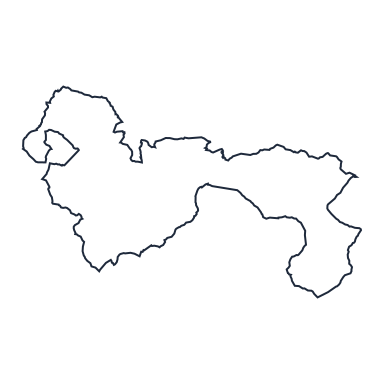 outline of Bicaz-Chei, Neamt, Romania
{"feature_id": "2599482B72252558499545", "entity_name": "Bicaz-Chei", "entity_type": "district", "adm_level": 2, "iso_a3": "ROU", "parent_name": "Romania", "parent_adm1": "Neamt", "projection": "mercator", "projection_center": [25.891, 46.819], "detail": "fine", "context": "isolated", "style": "outline", "palette": "slate", "viewbox_px": 384, "rotation_deg": 0, "n_neighbors": 0, "source": "geoboundaries", "source_scale": "gbopen_adm2", "svg_char_len": 5948}
<svg xmlns="http://www.w3.org/2000/svg" viewBox="0 0 384 384"><path d="M317.6,297.4L328.1,292.1L336.0,286.6L337.1,286.3L339.1,284.5L340.4,282.6L340.8,280.9L343.3,277.0L344.9,275.2L350.5,273.3L351.5,271.1L351.4,269.9L352.0,267.1L350.8,265.2L349.2,263.8L349.3,260.7L348.0,258.0L347.7,254.6L348.7,251.7L347.9,250.1L349.1,246.7L351.5,245.2L352.8,243.0L353.9,242.8L354.9,241.6L355.4,239.3L356.7,236.6L357.9,235.7L358.4,234.1L361.0,230.2L360.8,229.2L359.4,228.2L354.9,227.8L351.0,226.4L349.5,226.6L347.6,225.0L345.2,224.5L342.2,222.7L339.9,222.0L338.0,219.8L336.3,218.8L331.4,213.9L327.9,209.7L327.3,208.4L327.5,205.4L328.0,204.4L334.9,198.5L337.0,195.0L340.4,192.8L343.1,187.7L347.4,182.8L348.6,180.5L350.9,177.9L353.3,176.3L354.8,177.0L356.5,176.9L355.2,176.0L353.7,176.0L353.5,175.8L354.5,175.1L349.5,172.7L346.0,173.8L340.9,169.4L340.4,168.6L340.4,167.6L340.8,166.8L340.9,163.9L341.5,161.5L338.6,159.4L336.9,156.9L336.1,156.3L330.1,155.4L328.2,153.2L327.5,153.1L326.0,153.8L322.6,156.9L320.0,157.3L318.9,158.4L318.0,158.7L312.0,156.4L309.1,156.7L306.5,152.6L304.3,151.1L302.5,151.0L301.0,150.3L297.9,152.7L295.8,152.4L294.8,151.6L293.9,152.2L290.4,150.1L285.6,149.3L283.6,146.9L277.3,144.7L275.8,145.4L273.5,147.6L270.2,148.8L269.5,149.9L264.2,149.5L262.3,150.3L260.3,150.1L258.5,152.5L256.3,153.8L253.2,153.9L250.3,155.0L241.0,153.7L232.8,156.4L231.6,157.7L229.8,158.6L228.2,160.5L225.4,159.6L225.2,158.3L224.7,157.9L223.9,157.2L223.1,157.9L222.4,157.0L222.9,155.9L223.4,155.6L223.2,154.5L222.3,153.5L222.8,153.3L223.0,152.1L221.7,151.8L222.8,150.4L221.8,149.0L219.6,149.6L213.1,152.5L211.5,152.0L209.7,150.5L206.1,150.0L206.9,148.7L205.2,148.0L206.5,147.2L206.9,144.6L208.4,143.1L210.2,142.2L210.1,141.6L207.5,140.9L204.3,138.5L201.4,137.3L188.5,138.3L184.6,137.6L183.6,138.9L181.4,138.4L177.5,139.3L174.5,139.2L170.0,138.1L165.7,138.0L160.7,140.3L155.6,141.5L155.5,142.4L154.3,144.3L154.3,145.2L155.1,147.2L154.0,146.8L151.7,147.2L148.6,144.9L148.3,143.3L147.4,141.7L145.1,140.5L141.7,140.0L141.2,140.6L140.9,142.6L141.9,143.0L141.9,143.8L141.1,146.3L140.5,146.5L139.5,148.1L140.5,151.1L140.7,152.5L140.5,153.4L140.9,154.7L141.3,158.5L140.9,158.3L141.7,160.0L141.9,162.5L138.0,161.7L135.6,161.7L134.3,161.0L132.5,161.1L131.2,159.9L130.5,158.3L132.2,155.0L132.1,151.6L131.1,149.7L129.9,148.7L127.3,144.9L122.8,143.9L121.1,142.6L120.2,142.5L123.9,137.1L123.5,134.9L124.6,133.3L124.4,132.2L123.1,132.4L122.6,131.2L116.9,131.7L115.0,132.5L113.6,131.8L116.3,124.5L120.1,122.5L122.2,122.0L118.4,117.4L117.8,117.4L117.7,117.0L118.2,116.4L117.9,115.7L116.1,114.0L115.5,114.2L115.3,111.9L113.4,109.5L112.6,106.7L110.6,105.7L110.5,104.7L109.5,103.0L109.7,102.6L107.8,101.0L106.3,98.2L102.4,97.5L101.7,96.7L100.2,97.4L94.7,96.7L92.3,97.2L89.2,95.3L84.5,94.6L81.4,92.7L79.1,92.4L78.1,91.6L71.4,90.4L70.3,89.1L67.9,87.5L66.2,87.8L63.3,86.6L61.1,88.7L60.9,89.5L58.6,91.5L58.0,91.4L57.8,90.8L57.5,91.3L55.7,90.8L54.6,92.0L53.4,94.9L53.8,96.5L51.3,98.5L49.8,101.6L50.1,102.8L46.4,102.5L46.5,104.1L48.0,106.0L48.0,107.5L44.5,111.7L45.1,113.1L44.9,115.4L42.1,119.3L41.9,122.3L41.2,123.1L40.9,124.6L39.4,125.8L39.8,126.3L36.6,129.0L36.9,130.0L31.4,131.5L29.3,132.9L27.0,135.5L26.1,137.2L24.8,137.9L23.4,140.2L23.1,146.3L23.7,148.2L23.0,148.9L26.7,151.5L29.4,155.6L33.4,159.1L35.8,161.7L37.9,162.3L45.5,162.4L46.2,158.8L45.7,157.3L46.0,156.1L48.9,150.6L50.5,149.1L51.4,149.0L49.4,145.9L46.3,144.7L44.4,142.4L44.4,141.7L45.9,140.0L45.9,134.9L45.2,131.5L47.5,131.1L49.1,129.8L51.1,130.0L54.7,131.7L57.6,132.0L58.3,132.3L59.1,133.5L63.1,135.3L63.1,136.5L64.1,137.7L67.0,139.8L72.7,145.4L73.4,147.3L74.0,148.1L75.6,148.7L77.6,148.5L78.5,149.5L78.8,150.1L78.6,150.4L64.4,165.3L63.5,165.1L62.2,165.5L62.1,165.0L61.0,165.3L59.2,164.3L58.0,164.5L56.2,163.7L54.4,164.2L49.9,163.3L48.5,169.6L47.0,172.4L46.6,174.0L42.2,179.1L46.0,180.4L49.4,186.8L49.4,187.6L48.5,188.3L48.2,189.1L50.2,194.6L51.9,197.3L52.5,201.2L52.2,202.8L52.9,203.7L58.7,204.6L58.9,205.2L60.1,205.8L61.0,207.4L61.7,207.6L63.2,207.9L65.5,207.5L67.1,208.0L70.0,210.3L71.1,213.1L74.4,214.4L75.9,215.5L77.3,215.2L78.8,213.9L80.6,215.1L81.4,216.5L81.7,218.3L82.3,218.8L80.3,219.6L78.5,223.1L74.9,225.1L73.8,226.6L73.7,228.2L74.2,230.2L75.5,233.0L75.2,234.1L76.7,234.3L78.1,235.5L80.7,236.6L82.5,240.4L84.1,241.9L82.9,246.6L82.6,251.2L83.8,255.6L84.6,256.6L85.2,258.3L87.3,260.9L90.4,263.2L91.5,266.4L95.5,267.6L99.2,271.3L100.1,269.7L105.9,262.9L110.8,259.9L111.5,261.0L111.9,262.7L112.9,263.0L113.9,264.9L115.0,264.3L116.7,262.2L117.5,259.5L117.7,257.0L119.4,254.7L120.4,254.0L123.7,253.1L125.2,253.4L130.5,252.8L134.5,253.7L139.6,256.3L141.2,251.7L142.6,251.9L143.5,250.1L144.1,250.4L151.3,245.3L151.9,246.0L154.3,245.7L157.9,246.4L159.6,247.3L160.5,246.3L163.2,245.0L165.1,242.0L164.4,240.1L166.1,239.4L167.3,237.9L171.6,236.8L174.3,233.6L175.5,229.6L176.3,228.7L179.0,227.1L179.8,227.1L181.3,225.8L184.3,224.8L186.1,222.6L190.4,221.8L192.4,220.2L194.1,217.5L194.1,216.2L195.4,215.8L196.7,214.0L196.3,212.6L197.7,211.3L198.1,210.2L197.8,208.3L196.1,205.2L196.0,203.2L195.5,202.4L195.6,196.7L195.4,196.3L197.4,190.5L198.5,188.5L200.1,187.2L201.5,186.8L201.9,187.4L205.6,184.4L207.9,183.7L207.9,184.7L209.7,184.9L212.1,186.1L237.3,190.2L240.5,192.9L242.3,195.3L244.2,196.6L245.7,198.5L250.4,201.1L251.2,202.2L252.8,203.4L254.2,205.5L257.5,207.4L261.0,212.3L261.7,214.0L262.3,214.3L263.2,217.2L266.3,218.7L269.8,217.6L278.3,218.3L278.4,217.6L281.9,217.3L285.3,216.2L286.8,217.3L289.8,217.7L291.8,217.3L294.1,218.5L296.1,218.6L298.3,221.2L300.9,222.7L305.2,230.8L304.9,235.1L306.0,244.8L304.7,245.8L303.4,247.6L302.3,250.4L298.5,254.8L297.8,255.2L296.5,255.0L293.7,256.5L292.1,256.7L290.4,259.3L289.3,262.3L289.8,265.8L288.6,267.6L286.7,269.4L286.9,270.2L287.9,273.1L288.4,273.2L289.1,274.4L290.9,274.8L290.4,275.5L290.6,276.7L291.6,278.7L291.9,280.7L294.8,285.8L299.0,286.1L302.8,288.5L304.5,288.4L307.9,290.5L311.4,290.7L312.7,291.5L314.2,293.9L317.6,297.4Z" fill="none" stroke="#1e293b" stroke-width="2"/></svg>